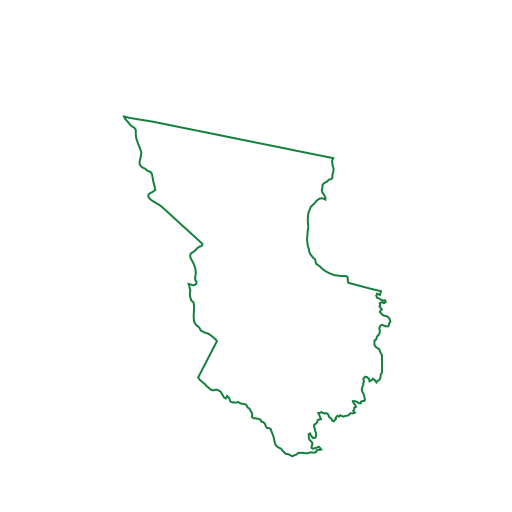 the district of Tremedal, Bahia, Brazil, rotated 141°
{"feature_id": "56859067B30570049489209", "entity_name": "Tremedal", "entity_type": "district", "adm_level": 2, "iso_a3": "BRA", "parent_name": "Brazil", "parent_adm1": "Bahia", "projection": "equal_earth", "projection_center": [-41.451, -15.093], "detail": "fine", "context": "isolated", "style": "outline", "palette": "green", "viewbox_px": 512, "rotation_deg": 141, "n_neighbors": 0, "source": "geoboundaries", "source_scale": "gbopen_adm2", "svg_char_len": 4854}
<svg xmlns="http://www.w3.org/2000/svg" viewBox="0 0 512 512"><g transform="rotate(141 256 256)"><path d="M353.9,77.5L351.2,76.9L349.3,76.2L347.0,76.5L345.4,74.9L343.9,74.1L342.4,72.2L340.4,70.5L338.6,69.7L336.8,68.8L335.0,66.9L332.9,65.8L330.8,66.8L329.0,65.7L327.1,64.6L327.0,66.6L327.4,68.4L328.7,68.6L330.5,69.2L331.8,69.9L333.4,70.6L333.5,72.3L331.7,73.6L330.0,74.8L329.8,76.8L330.1,79.4L329.5,81.2L328.4,82.8L327.2,84.3L325.7,84.2L326.1,82.0L326.4,78.8L324.3,77.5L322.7,78.4L321.1,80.0L320.3,82.3L319.4,84.2L318.4,86.6L317.0,88.3L315.0,88.0L313.2,88.3L311.1,89.7L309.5,89.0L308.2,88.3L307.7,90.1L306.9,92.5L306.4,94.8L305.1,93.9L303.4,93.5L302.1,90.6L300.3,89.8L299.6,87.3L300.5,84.9L299.8,82.5L300.4,80.0L299.5,78.5L297.9,79.0L296.5,79.0L295.6,80.2L293.2,80.6L292.4,78.8L290.8,79.3L290.0,77.7L289.2,76.2L287.2,75.5L285.5,74.4L284.0,74.0L281.7,74.4L279.6,72.6L277.7,72.1L277.9,74.5L275.9,75.1L274.9,76.4L273.2,75.9L272.5,77.8L272.7,80.6L272.0,82.2L270.5,81.0L269.4,79.1L268.6,76.6L267.4,75.6L266.0,76.7L264.7,76.4L263.4,75.3L261.8,75.6L260.7,78.0L259.6,79.9L259.2,81.7L258.7,83.7L258.0,85.5L256.5,86.8L254.9,87.8L253.7,88.3L252.7,89.8L251.1,90.4L250.0,92.9L248.6,93.2L247.2,93.5L246.0,92.1L245.5,89.2L246.6,87.2L244.7,86.7L242.4,87.1L241.8,84.7L242.0,82.0L240.1,82.5L238.7,82.1L236.8,82.5L234.9,84.0L233.7,85.4L231.9,85.8L230.4,87.3L220.6,99.5L220.3,101.4L219.6,103.8L219.0,106.2L219.7,108.3L220.2,110.5L219.7,112.8L218.2,114.3L217.2,115.8L215.4,115.5L214.0,116.3L212.6,117.3L210.4,117.5L208.3,118.4L206.8,120.0L205.6,122.4L203.6,123.4L201.7,123.5L200.6,121.9L199.5,119.9L197.8,118.3L196.2,118.6L195.1,119.8L193.0,120.3L192.2,122.2L191.6,123.9L192.0,126.4L193.2,128.1L194.4,129.5L194.9,132.3L194.9,134.6L193.4,135.3L191.8,135.3L191.8,139.1L190.4,139.7L189.5,141.5L187.5,141.0L186.0,138.7L184.0,138.7L183.6,140.4L184.8,141.0L185.8,142.2L186.6,143.7L187.2,145.7L188.2,147.4L187.4,149.6L185.5,150.5L184.3,147.8L182.4,148.9L181.0,150.0L187.5,158.4L201.1,177.0L199.9,179.5L198.3,181.4L198.3,183.3L199.6,184.5L201.4,186.0L203.3,187.6L204.5,189.2L206.2,190.7L207.4,192.0L208.3,193.8L209.7,196.2L210.9,198.9L211.6,200.6L212.1,202.6L212.6,204.3L212.8,207.0L213.4,209.6L214.2,212.2L213.3,214.0L212.2,216.3L212.7,219.0L212.6,221.5L212.6,223.3L212.1,225.4L211.1,227.1L210.3,228.6L209.5,231.0L207.6,234.2L205.9,236.8L202.5,240.2L200.3,242.8L197.8,244.8L196.2,246.9L193.3,251.2L190.4,254.3L188.3,256.4L185.8,257.8L184.2,258.7L182.6,259.7L180.2,259.9L177.1,260.1L174.9,260.7L172.8,260.8L170.9,260.6L169.4,260.1L167.8,258.7L166.6,256.2L165.2,257.8L164.6,261.0L164.5,263.7L163.2,266.0L161.2,267.4L159.8,269.3L158.1,269.7L156.2,269.6L154.6,269.2L152.9,269.3L151.2,269.3L149.5,268.6L147.5,268.6L146.2,270.2L145.0,271.4L143.8,272.3L142.4,273.2L141.0,274.8L140.1,276.5L139.5,278.2L138.4,279.8L137.7,281.3L136.4,282.4L134.4,283.4L146.8,298.4L152.6,305.4L156.0,309.5L160.5,314.9L163.1,318.2L183.0,342.2L239.5,410.6L251.3,424.9L253.7,427.6L267.1,442.6L270.8,447.4L271.3,445.7L271.3,442.2L271.2,440.0L271.2,436.5L270.5,433.9L269.8,431.9L270.2,429.5L272.0,427.3L273.4,425.4L274.9,423.0L276.2,419.6L277.1,417.2L277.8,414.7L278.8,411.5L280.1,408.4L281.9,406.9L284.0,404.9L285.5,403.9L287.6,402.1L288.8,400.2L288.9,398.0L288.4,395.9L287.2,393.6L286.7,390.4L285.1,388.0L285.2,385.4L287.0,382.0L288.1,380.0L289.4,377.6L290.0,375.9L291.2,373.7L292.7,370.7L296.6,370.9L298.7,371.5L300.8,371.5L302.2,370.2L302.6,367.6L301.9,364.3L298.9,356.3L298.1,352.8L294.4,328.1L290.0,299.3L291.0,298.2L292.4,298.1L294.0,298.8L296.3,299.1L298.0,298.8L300.4,298.6L302.5,298.7L304.5,298.9L305.8,298.7L307.4,297.1L308.3,295.1L308.6,292.8L309.0,290.5L309.7,288.1L310.5,285.7L311.1,284.1L312.3,282.6L313.8,280.2L315.8,278.6L317.3,277.0L318.2,275.7L318.6,273.2L319.7,272.1L321.4,272.1L323.0,272.5L325.9,276.6L326.6,274.9L327.8,272.8L328.6,270.7L330.3,269.2L332.4,266.6L333.4,264.4L334.3,261.9L333.7,259.4L335.6,256.1L343.2,247.4L344.2,245.8L345.5,243.7L346.0,240.3L345.4,237.6L345.2,235.5L345.8,232.9L344.2,229.0L342.9,226.9L341.9,225.7L341.0,222.6L340.4,219.6L339.9,216.5L339.9,214.4L344.8,212.3L377.4,198.0L377.6,195.2L377.2,193.0L376.7,190.1L376.2,188.2L376.4,185.9L375.8,184.2L375.5,181.7L374.9,179.9L374.0,178.6L372.4,177.9L370.8,177.0L370.0,175.7L368.9,172.9L369.2,170.3L369.5,168.1L369.9,166.4L369.2,164.3L367.8,164.7L366.5,165.4L366.3,162.4L367.5,159.0L366.4,157.0L364.7,155.5L363.1,154.2L361.6,153.7L361.2,151.9L360.2,150.2L358.6,148.8L357.3,146.6L357.8,143.5L357.1,141.3L357.6,139.2L357.9,136.9L358.9,134.9L360.5,133.5L360.0,131.5L358.4,130.0L356.6,127.9L355.5,125.7L356.2,123.9L354.8,122.2L354.7,119.7L355.6,117.2L355.6,115.2L354.2,114.1L353.5,112.4L354.4,109.8L355.3,107.0L356.0,104.9L356.7,103.2L357.9,101.0L359.2,98.6L359.7,96.2L359.4,94.1L358.8,92.4L357.8,90.6L357.9,88.0L357.7,85.6L357.3,83.3L355.7,81.8L354.7,79.6L353.9,77.5Z" fill="none" stroke="#15803d" stroke-width="2"/></g></svg>